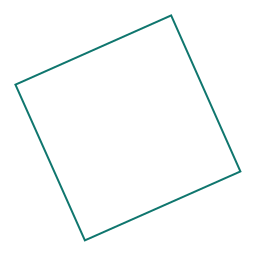 Hemphill, Texas, United States of America, rotated 156°
{"feature_id": "52423323B21915580186486", "entity_name": "Hemphill", "entity_type": "district", "adm_level": 2, "iso_a3": "USA", "parent_name": "United States of America", "parent_adm1": "Texas", "projection": "natural_earth1", "projection_center": [-100.18, 35.838], "detail": "fine", "context": "isolated", "style": "outline", "palette": "teal", "viewbox_px": 256, "rotation_deg": 156, "n_neighbors": 0, "source": "geoboundaries", "source_scale": "gbopen_adm2", "svg_char_len": 234}
<svg xmlns="http://www.w3.org/2000/svg" viewBox="0 0 256 256"><g transform="rotate(156 128 128)"><path d="M213.2,213.4L213.1,111.1L213.1,42.9L43.0,42.6L42.8,213.3L213.2,213.4Z" fill="none" stroke="#0f766e" stroke-width="2"/></g></svg>